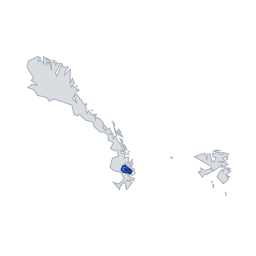 Porsáŋgu sme 2, Finnmark, Norway (highlighted), rotated 96°
{"feature_id": "86288312B48399951224278", "entity_name": "Porsáŋgu sme 2", "entity_type": "district", "adm_level": 2, "iso_a3": "NOR", "parent_name": "Norway", "parent_adm1": "Finnmark", "projection": "albers", "projection_center": [25.158, 70.243], "detail": "fine", "context": "in_parent", "style": "filled", "palette": "blue", "viewbox_px": 256, "rotation_deg": 96, "n_neighbors": 0, "source": "geoboundaries", "source_scale": "gbopen_adm2", "svg_char_len": 6123}
<svg xmlns="http://www.w3.org/2000/svg" viewBox="0 0 256 256"><g transform="rotate(96 128 128)"><path d="M156.9,134.5L151.3,136.7L152.0,138.5L150.2,143.4L144.2,140.8L142.1,146.6L137.7,146.7L134.5,151.1L135.0,155.0L130.2,161.9L126.1,163.1L124.4,171.3L119.5,177.8L121.1,179.4L120.4,183.0L111.0,186.3L106.9,204.8L109.6,209.2L106.1,212.1L105.1,221.1L100.0,225.3L98.3,231.8L94.7,228.3L94.9,222.3L90.9,229.2L88.0,227.3L78.2,234.7L71.7,234.1L66.2,224.9L67.6,222.3L69.6,224.5L71.4,223.7L69.3,222.0L73.3,218.4L65.9,219.5L68.1,215.8L73.2,215.6L70.9,214.4L74.1,211.5L79.1,210.2L74.5,210.5L67.3,215.6L69.1,211.4L71.5,211.9L69.9,207.9L73.1,206.4L70.4,206.0L71.2,202.0L80.6,206.0L84.0,204.3L72.2,200.7L74.2,198.3L73.6,193.9L78.3,196.4L81.9,196.7L75.5,191.5L90.6,190.2L84.4,188.5L89.3,185.9L93.3,189.7L92.1,186.1L95.1,182.3L104.4,186.2L108.8,181.6L101.4,184.9L99.8,182.5L111.1,172.0L115.7,171.7L117.9,169.7L114.5,169.6L119.6,163.6L118.9,162.0L124.3,161.0L120.5,161.0L121.7,157.0L126.1,152.8L131.4,152.9L127.7,151.6L130.2,148.9L132.3,151.5L133.0,149.9L130.0,146.4L135.2,142.9L135.9,146.6L136.1,142.1L141.3,141.7L137.6,140.1L144.2,134.6L145.1,131.5L147.1,133.3L146.4,131.4L150.5,128.6L150.0,132.5L152.8,127.4L151.6,133.4L154.0,131.8L153.9,127.8L158.5,128.9L156.6,124.7L161.3,123.5L163.4,127.6L168.4,117.2L171.8,119.1L169.3,126.4L174.2,118.1L174.6,123.2L175.9,122.2L177.8,116.2L180.4,117.3L178.9,120.4L180.2,120.4L180.2,124.7L182.0,118.3L189.6,123.0L182.2,125.6L185.7,129.5L190.1,130.1L183.6,137.0L184.6,132.3L183.8,130.4L178.7,126.6L172.9,130.6L171.9,137.8L168.9,141.8L159.6,140.3L156.9,134.5ZM153.6,24.7L156.1,27.6L155.3,31.6L157.0,29.6L157.1,33.0L162.1,38.7L157.2,41.9L149.6,59.2L144.9,49.0L151.9,46.1L145.6,46.4L145.2,43.7L153.1,41.1L151.8,40.0L152.7,38.5L148.5,37.3L147.9,40.3L144.5,41.4L142.4,33.7L144.5,34.1L144.4,30.7L142.5,31.9L143.0,25.6L148.7,25.8L148.9,26.8L146.0,28.2L148.2,31.0L150.6,27.1L152.2,35.3L152.3,27.9L153.6,24.7ZM160.2,21.3L164.5,25.8L166.0,21.7L166.5,22.2L166.0,24.5L168.4,22.9L173.5,27.3L167.3,34.4L160.1,31.1L159.4,30.0L161.6,28.6L157.7,28.1L157.1,26.4L158.3,25.4L156.7,24.2L159.2,24.7L159.1,22.6L160.1,23.7L160.2,21.3ZM162.4,40.1L166.1,44.8L165.3,46.3L169.2,48.8L164.4,53.5L163.5,53.1L164.2,50.7L160.2,51.4L162.1,46.9L159.5,41.1L162.4,40.1ZM134.8,139.4L138.0,138.3L128.7,142.2L133.7,138.7L134.6,134.4L137.3,132.5L134.8,139.4ZM140.5,132.0L144.4,132.2L139.4,134.9L140.5,132.0ZM144.6,130.1L150.4,126.4L147.1,130.6L144.6,130.1ZM140.7,33.8L142.2,38.9L142.4,41.1L140.8,38.3L140.7,33.8ZM132.9,134.6L133.0,138.6L130.0,137.1L132.9,134.6ZM164.0,119.1L161.8,121.8L159.0,120.5L162.3,120.1L164.0,119.1ZM164.3,121.1L163.2,124.4L162.1,123.4L164.3,121.1ZM125.0,141.8L128.2,141.6L124.4,143.4L125.0,141.8ZM184.7,23.4L181.1,24.7L184.8,23.2L184.7,23.4ZM176.4,36.5L178.8,36.9L175.2,37.7L176.4,36.5ZM170.2,116.9L172.3,116.2L173.0,116.9L170.2,116.9ZM165.7,120.3L165.2,122.1L164.7,120.5L165.7,120.3ZM154.2,124.6L154.0,126.3L153.3,125.6L154.2,124.6ZM153.4,80.7L153.0,82.3L152.4,80.9L153.4,80.7ZM173.5,39.3L172.4,39.1L172.2,38.4L173.5,39.3ZM109.1,171.5L109.5,173.1L107.7,172.3L109.1,171.5ZM150.6,123.9L151.6,124.6L152.2,125.7L150.6,123.9ZM157.6,22.2L157.9,23.3L157.3,22.8L157.6,22.2ZM96.3,181.6L94.1,181.1L96.6,180.9L96.3,181.6ZM92.6,183.0L91.4,183.9L91.2,183.2L92.6,183.0ZM123.9,143.7L122.6,144.9L124.1,142.8L123.9,143.7ZM69.3,208.3L68.4,210.0L69.0,207.6L69.3,208.3ZM118.0,162.1L117.8,160.9L118.4,161.1L118.0,162.1ZM186.1,127.8L185.9,129.2L186.1,127.8ZM118.3,163.3L117.1,163.3L118.6,163.1L118.3,163.3ZM114.3,165.1L114.2,166.2L113.7,165.8L114.3,165.1ZM71.3,200.3L70.4,201.3L70.8,200.4L71.3,200.3Z" fill="#d9dde1" stroke="#a8b0b8" stroke-width="1"/><path d="M172.9,120.8L172.6,120.7L172.5,121.0L172.5,121.3L172.4,121.3L172.3,121.5L172.2,121.5L171.7,122.2L171.5,122.4L171.4,122.5L171.3,122.8L171.3,123.0L171.2,123.1L171.0,123.3L171.0,123.5L170.9,123.5L170.9,123.4L170.9,123.5L170.8,123.8L170.7,123.7L170.7,123.8L170.7,124.0L170.8,124.4L170.9,124.5L170.7,124.8L170.6,125.0L170.5,125.3L170.4,125.4L170.3,125.5L170.2,125.5L170.2,125.4L170.2,125.5L170.2,125.8L170.1,126.0L170.0,126.3L170.0,126.5L169.9,126.6L169.7,126.7L169.7,126.8L169.5,126.7L169.4,126.5L169.4,126.4L169.5,126.3L169.6,126.2L169.6,126.3L169.7,126.2L169.4,126.2L169.5,126.0L169.5,125.8L169.6,125.7L169.4,125.8L169.5,125.8L169.4,125.9L169.1,126.0L169.1,126.3L169.1,126.5L169.3,126.6L169.2,126.8L169.3,126.9L169.2,126.9L169.1,126.7L168.9,126.7L168.9,126.4L168.9,126.2L168.9,125.9L169.0,125.7L168.9,125.6L168.9,125.4L169.0,125.4L168.9,125.3L169.0,125.2L168.9,125.2L169.0,125.2L168.9,125.1L169.2,124.9L169.3,124.9L169.4,124.7L169.6,124.6L169.8,124.5L169.8,124.4L169.7,124.4L169.8,124.4L169.8,124.2L169.7,124.1L169.4,124.3L169.4,124.2L169.5,123.8L169.4,123.9L169.5,123.7L169.7,123.4L169.8,123.3L169.8,123.5L170.0,123.5L170.0,123.3L169.9,123.3L169.9,123.2L169.9,123.3L169.7,123.2L169.9,123.0L169.9,122.9L170.0,122.8L169.9,122.8L170.0,122.8L170.1,122.7L169.9,122.7L170.0,122.7L169.9,122.7L169.5,122.7L169.4,122.6L169.4,122.4L169.5,122.4L169.8,122.5L169.9,122.4L170.0,122.3L170.0,122.2L169.9,122.1L169.6,122.2L169.4,122.2L169.5,122.3L169.4,122.3L169.4,122.2L169.5,122.1L169.8,121.8L170.0,121.7L170.1,121.4L170.3,121.3L170.4,121.1L170.5,121.0L170.4,120.9L170.5,120.9L170.6,120.7L170.8,120.5L170.9,120.4L171.0,120.3L170.9,120.1L170.2,119.8L170.1,120.1L169.1,121.2L168.8,121.9L168.5,122.1L168.1,122.8L168.1,123.0L168.3,123.2L167.9,123.8L167.4,124.0L167.0,124.9L166.3,126.3L165.6,126.5L165.4,127.4L165.9,127.6L166.1,127.6L166.4,129.4L167.7,129.3L169.0,130.1L170.0,130.2L170.9,130.0L171.8,128.5L172.1,128.0L172.4,127.7L172.5,127.7L172.5,127.2L172.3,126.8L172.3,126.5L172.6,125.9L172.5,125.7L172.8,125.3L172.6,124.6L172.6,124.4L172.6,124.1L172.6,123.5L172.9,122.8L173.1,121.9L172.9,120.8ZM171.9,120.7L172.0,120.7L172.2,120.4L172.1,120.2L171.8,120.4L171.8,120.5L171.9,120.7ZM170.2,124.5L170.2,124.4L170.2,124.5L170.0,124.8L170.0,125.0L170.2,124.8L170.3,124.8L170.3,124.7L170.2,124.5ZM169.9,125.1L169.7,125.2L169.7,125.3L169.8,125.3L169.8,125.2L169.9,125.1ZM169.3,125.1L169.2,125.1L169.3,125.1ZM169.4,125.2L169.5,125.2L169.4,125.2Z" fill="#3b82f6" stroke="#1e3a8a" stroke-width="1.5"/></g></svg>